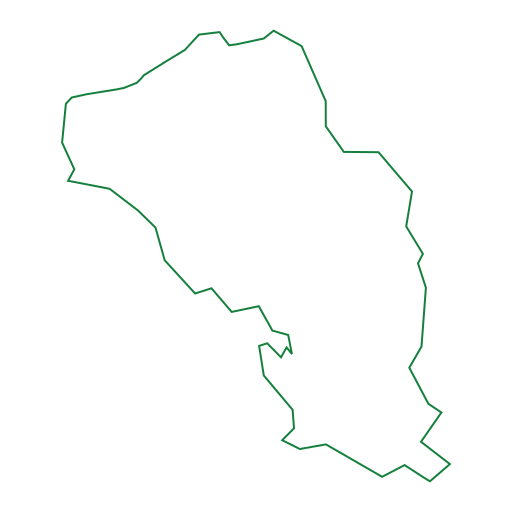 Gjorche Petrov, Gjorče Petrov, North Macedonia
{"feature_id": "65306769B13037945767817", "entity_name": "Gjorche Petrov", "entity_type": "district", "adm_level": 2, "iso_a3": "MKD", "parent_name": "North Macedonia", "parent_adm1": "Gjorče Petrov", "projection": "mercator", "projection_center": [21.316, 42.053], "detail": "fine", "context": "isolated", "style": "outline", "palette": "green", "viewbox_px": 512, "rotation_deg": 0, "n_neighbors": 0, "source": "geoboundaries", "source_scale": "gbopen_adm2", "svg_char_len": 859}
<svg xmlns="http://www.w3.org/2000/svg" viewBox="0 0 512 512"><path d="M425.9,287.7L418.0,263.3L422.9,253.9L406.2,226.4L412.0,191.5L378.5,152.2L343.8,151.9L325.8,126.3L325.7,101.1L301.6,46.1L273.6,30.7L263.8,38.5L236.7,44.3L229.2,45.3L226.0,41.2L223.3,37.7L219.6,32.1L199.0,34.6L184.9,49.9L166.0,61.4L143.9,75.2L141.0,78.7L136.8,82.8L124.1,87.9L116.6,89.4L86.8,94.2L71.8,97.5L65.9,103.7L62.1,142.6L74.3,169.3L68.1,180.8L109.6,188.8L138.0,210.5L155.5,227.6L164.7,260.3L195.1,293.5L211.5,288.3L231.7,311.9L258.8,306.2L272.4,330.6L288.2,335.0L291.9,354.0L286.6,347.4L281.0,357.3L267.2,343.3L259.1,345.9L263.8,375.5L292.6,409.8L294.0,428.3L282.2,440.2L299.8,449.0L325.9,444.4L382.1,476.8L404.6,465.1L423.7,477.5L429.9,481.3L449.9,464.1L421.0,441.8L441.4,412.5L428.4,403.8L409.3,367.7L421.5,346.6L425.9,287.7Z" fill="none" stroke="#15803d" stroke-width="2"/></svg>